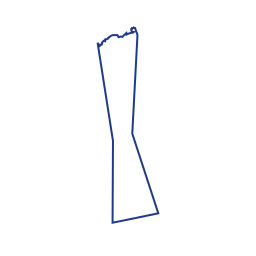 Ngebei, Ngarchelong, Palau (Natural Earth projection), rotated 212°
{"feature_id": "81905179B67536129813351", "entity_name": "Ngebei", "entity_type": "district", "adm_level": 2, "iso_a3": "PLW", "parent_name": "Palau", "parent_adm1": "Ngarchelong", "projection": "natural_earth1", "projection_center": [134.641, 7.697], "detail": "fine", "context": "isolated", "style": "outline", "palette": "blue", "viewbox_px": 256, "rotation_deg": 212, "n_neighbors": 0, "source": "geoboundaries", "source_scale": "gbopen_adm2", "svg_char_len": 748}
<svg xmlns="http://www.w3.org/2000/svg" viewBox="0 0 256 256"><g transform="rotate(212 128 128)"><path d="M90.9,39.5L57.1,71.7L121.4,125.5L169.2,211.8L175.0,216.5L175.6,216.2L176.3,216.3L176.4,215.7L176.7,215.4L177.0,214.4L177.7,214.6L177.7,213.7L177.3,213.0L176.5,212.2L175.6,211.8L174.0,212.5L174.3,211.5L176.2,210.0L177.7,208.1L178.8,206.5L179.7,207.6L180.8,203.8L181.0,202.3L182.6,201.7L184.1,200.0L186.1,201.2L190.1,198.7L191.1,197.5L192.7,193.7L192.3,193.4L193.0,192.1L193.7,191.3L194.2,191.3L194.2,190.6L193.9,190.1L193.5,189.5L194.2,189.4L194.9,189.0L195.0,188.4L195.1,187.6L195.3,186.9L195.1,186.0L194.5,185.6L194.5,184.8L195.1,184.4L195.4,182.7L198.9,184.1L133.9,109.1L90.9,39.5Z" fill="none" stroke="#1e3a8a" stroke-width="2"/></g></svg>